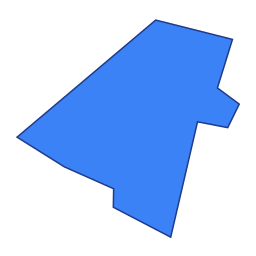 the border of Saint Anne Sandy Point, rotated 91°
{"feature_id": "KNA-5100", "entity_name": "Saint Anne Sandy Point", "entity_type": "Parish", "adm_level": 1, "iso_a3": "KNA", "parent_name": "Saint Kitts and Nevis", "parent_adm1": "", "projection": "albers", "projection_center": [-62.834, 17.356], "detail": "fine", "context": "isolated", "style": "filled", "palette": "blue", "viewbox_px": 256, "rotation_deg": 91, "n_neighbors": 0, "source": "natural_earth", "source_scale": "10m", "svg_char_len": 305}
<svg xmlns="http://www.w3.org/2000/svg" viewBox="0 0 256 256"><g transform="rotate(91 128 128)"><path d="M139.1,238.8L19.6,102.2L37.6,25.1L86.4,39.3L102.2,17.2L125.9,28.3L120.6,58.6L236.4,83.4L207.5,141.3L189.0,141.3L168.0,190.9L139.1,238.8Z" fill="#3b82f6" stroke="#1e3a8a" stroke-width="1.5"/></g></svg>